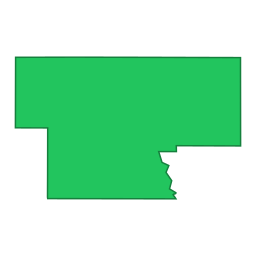 outline of Garvin, Oklahoma, United States of America
{"feature_id": "52423323B22707808091897", "entity_name": "Garvin", "entity_type": "district", "adm_level": 2, "iso_a3": "USA", "parent_name": "United States of America", "parent_adm1": "Oklahoma", "projection": "equal_earth", "projection_center": [-97.251, 34.681], "detail": "fine", "context": "isolated", "style": "filled", "palette": "green", "viewbox_px": 256, "rotation_deg": 0, "n_neighbors": 0, "source": "geoboundaries", "source_scale": "gbopen_adm2", "svg_char_len": 478}
<svg xmlns="http://www.w3.org/2000/svg" viewBox="0 0 256 256"><path d="M240.5,57.6L132.3,57.3L74.9,57.2L15.6,57.3L15.4,127.8L47.7,127.9L47.7,129.3L47.6,174.9L47.5,197.1L47.7,198.6L112.1,198.7L175.9,198.8L174.4,196.5L173.9,196.0L173.1,194.6L173.5,194.2L174.6,194.0L175.7,193.5L175.9,192.8L169.5,188.9L171.7,180.7L166.0,172.4L168.8,165.6L162.0,162.4L158.7,151.6L176.4,151.6L176.3,145.7L240.6,145.9L240.5,75.1L240.5,57.6Z" fill="#22c55e" stroke="#15803d" stroke-width="1.5"/></svg>